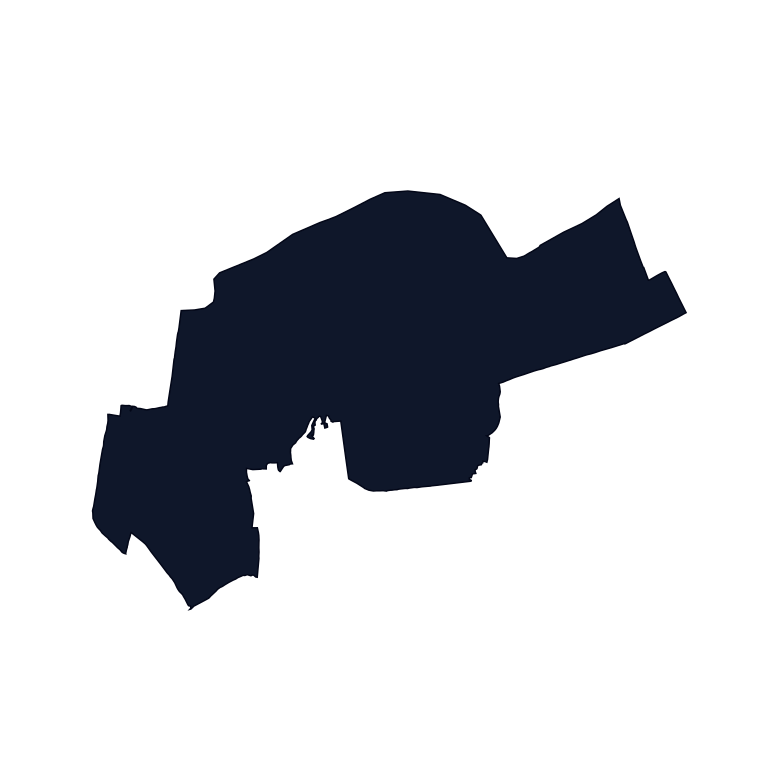 Peceneaga, Tulcea, Romania, rotated 80°
{"feature_id": "2599482B15466890128615", "entity_name": "Peceneaga", "entity_type": "district", "adm_level": 2, "iso_a3": "ROU", "parent_name": "Romania", "parent_adm1": "Tulcea", "projection": "orthographic", "projection_center": [28.191, 45.007], "detail": "fine", "context": "isolated", "style": "filled", "palette": "ink", "viewbox_px": 768, "rotation_deg": 80, "n_neighbors": 0, "source": "geoboundaries", "source_scale": "gbopen_adm2", "svg_char_len": 6130}
<svg xmlns="http://www.w3.org/2000/svg" viewBox="0 0 768 768"><g transform="rotate(80 384 384)"><path d="M276.5,571.0L293.0,576.1L297.0,577.5L297.3,577.8L299.4,578.7L306.5,581.0L311.4,582.4L315.7,583.9L320.9,585.5L322.1,585.8L323.0,586.4L339.6,591.3L357.2,597.3L364.3,599.7L368.0,600.7L368.2,603.0L368.4,603.8L368.4,605.2L368.2,606.4L368.4,606.6L368.3,609.4L368.4,610.2L368.4,611.1L368.5,612.4L368.5,614.1L368.2,616.7L368.3,620.0L368.3,622.1L367.9,623.3L365.8,628.4L365.2,631.0L364.9,631.5L364.3,631.9L363.8,632.2L363.3,632.9L362.8,633.7L362.3,635.5L363.8,636.0L364.8,636.9L366.3,638.0L366.5,638.2L366.5,638.3L366.2,638.5L365.8,638.3L365.1,637.9L363.6,636.6L362.5,636.0L361.0,638.6L360.4,642.5L359.6,645.2L359.5,646.3L359.6,646.6L360.1,646.8L361.5,647.1L363.8,647.7L366.7,648.5L369.2,649.4L369.3,649.5L369.8,649.7L366.5,659.1L366.2,659.9L366.0,661.2L372.0,662.1L374.5,662.8L377.8,664.2L380.6,665.0L381.8,665.5L386.4,667.9L392.1,670.0L395.3,670.7L396.6,671.1L399.4,672.5L402.7,673.7L413.6,677.6L422.2,680.3L424.7,681.4L427.7,682.2L430.1,682.8L436.9,685.0L438.0,685.5L442.5,687.0L447.0,688.7L454.2,691.2L456.6,692.4L458.4,693.1L460.3,693.1L465.9,693.9L469.8,692.9L472.9,692.0L475.3,691.1L477.7,689.6L479.0,688.7L481.7,687.5L485.2,684.8L487.7,682.7L488.8,682.2L489.7,681.6L491.7,680.1L492.7,679.1L498.0,675.4L498.7,675.0L501.3,672.8L504.0,671.3L505.0,670.3L505.9,668.9L506.4,667.8L506.0,667.8L502.7,666.5L500.3,665.3L499.0,664.9L497.9,664.3L494.8,663.2L490.4,660.8L486.5,659.0L486.3,658.8L489.4,656.1L497.4,649.0L500.0,646.9L501.5,646.0L503.1,645.2L509.2,642.3L523.1,635.0L532.2,630.4L535.1,628.6L536.7,627.9L538.9,626.5L541.2,625.5L543.3,624.6L548.6,623.2L550.1,622.7L552.0,621.9L553.1,621.3L555.3,619.7L556.8,618.8L558.2,618.4L561.4,617.2L567.4,615.4L568.4,614.9L568.8,614.2L569.1,613.1L570.0,613.0L570.8,613.2L571.5,613.5L572.2,614.4L572.1,613.3L570.6,611.0L569.8,610.0L564.5,593.8L562.3,590.9L561.9,590.2L560.2,587.6L558.7,585.3L557.3,583.6L555.9,580.8L555.5,579.1L554.9,577.4L554.2,575.9L552.4,571.2L550.9,566.5L550.3,563.9L549.3,561.6L548.9,559.8L548.5,558.1L548.4,558.1L548.0,556.0L548.4,554.2L548.0,551.8L548.7,550.4L549.7,548.5L549.7,548.0L549.4,547.3L549.3,546.4L549.8,545.3L550.7,544.7L551.8,543.8L552.3,542.4L534.1,537.5L531.7,537.2L527.9,536.3L523.5,535.7L518.3,534.7L516.0,534.2L511.4,533.6L508.7,533.5L503.6,533.7L502.7,539.0L489.0,534.9L473.4,534.7L471.2,534.2L467.3,534.6L464.7,534.7L461.7,535.0L457.1,536.2L456.5,536.5L455.8,534.8L456.0,533.9L455.7,533.4L453.7,534.6L450.8,534.8L447.1,534.8L443.2,534.1L445.5,528.1L446.5,520.0L446.3,518.9L447.2,514.7L443.9,514.1L442.4,512.9L442.1,512.5L441.8,511.7L441.8,510.5L441.5,510.4L442.2,508.0L442.6,505.8L442.8,504.3L442.9,502.6L447.2,503.0L449.3,503.0L450.6,502.8L452.1,501.7L452.2,501.4L449.3,498.7L447.8,497.2L447.2,496.2L447.1,495.7L447.0,491.3L446.5,490.1L446.7,488.0L443.2,488.6L441.4,488.5L439.9,488.4L438.4,488.2L434.9,488.0L434.0,487.7L431.4,487.2L428.3,484.4L426.5,481.2L425.9,480.8L424.6,479.6L423.2,477.8L422.7,477.3L422.0,475.9L421.3,474.8L420.6,473.9L419.9,473.2L417.7,470.1L416.5,469.2L415.1,468.6L413.1,467.3L411.3,466.3L409.6,465.1L408.0,464.2L404.0,460.2L404.3,459.6L405.8,457.7L408.5,459.7L412.3,462.3L416.6,462.7L418.3,464.0L421.5,468.1L422.4,468.8L423.3,468.2L425.0,465.8L426.1,463.0L425.6,462.3L422.2,464.1L421.6,463.6L422.1,462.5L421.8,462.3L419.6,461.6L417.8,461.2L416.0,460.6L414.9,460.7L414.3,460.9L413.8,460.9L413.4,460.7L413.1,460.1L412.8,459.9L412.7,459.3L412.5,458.9L410.3,458.8L408.5,458.2L407.6,456.9L407.0,456.7L406.4,456.2L405.7,455.1L405.3,454.4L404.8,454.2L404.6,452.8L405.0,452.1L406.2,451.8L409.8,451.2L411.6,451.5L412.2,452.6L412.6,452.5L412.6,451.3L412.6,450.3L412.9,450.1L417.1,449.9L417.0,449.0L416.7,447.1L416.3,447.0L413.3,447.0L413.0,447.6L411.7,449.2L404.9,446.2L405.8,444.2L407.9,443.8L410.4,442.5L411.5,442.6L412.6,441.0L412.2,440.8L413.0,433.0L451.0,434.5L471.2,435.2L473.0,433.1L476.9,428.1L482.5,422.0L483.5,421.2L484.8,419.1L485.9,417.4L486.2,416.6L487.0,414.5L487.5,413.1L487.9,409.6L488.5,406.2L488.9,403.3L489.2,402.4L489.9,400.1L489.6,399.0L489.7,396.1L489.9,394.6L490.0,391.8L490.3,389.7L490.3,389.1L490.1,388.0L490.2,386.0L490.5,381.7L490.7,380.2L491.0,379.1L491.0,378.4L490.9,377.5L491.1,372.1L491.7,369.4L491.8,364.5L492.6,355.6L492.5,354.9L492.9,349.6L493.8,333.5L494.8,315.8L494.6,314.9L494.1,314.8L492.7,316.5L491.2,316.2L491.3,314.3L487.9,312.5L488.0,309.1L485.8,309.4L484.3,309.2L483.7,307.4L483.2,307.0L480.8,306.0L480.4,304.9L480.4,302.2L478.7,301.0L478.7,300.4L477.1,300.0L478.0,297.8L478.9,296.3L476.5,295.2L475.1,294.8L468.7,293.0L465.6,292.1L464.1,291.6L460.5,290.7L456.8,289.9L456.2,289.7L455.1,289.5L452.9,291.8L452.9,290.8L450.8,286.0L448.9,283.2L448.0,282.1L446.8,280.9L445.2,279.6L442.2,277.7L436.7,275.3L425.8,275.2L424.1,274.8L421.7,274.7L419.9,274.3L417.6,273.6L416.1,272.9L413.9,271.6L411.8,270.9L406.1,270.6L403.4,271.0L402.8,266.2L402.0,262.9L401.4,259.7L400.6,256.3L400.1,253.7L399.8,251.6L398.9,244.6L397.3,234.6L397.0,232.0L396.7,228.9L396.7,227.5L396.6,226.4L396.4,224.4L395.8,221.5L395.4,217.6L395.2,217.4L394.7,211.2L394.2,207.5L393.5,201.8L392.2,192.2L391.8,188.8L390.6,180.6L390.4,178.7L390.2,175.1L389.7,170.8L388.8,164.8L387.6,153.4L386.0,141.1L385.8,140.1L386.3,139.9L386.2,139.2L380.0,119.2L378.3,113.3L376.8,108.6L371.4,90.6L368.9,82.0L367.2,77.3L366.2,74.1L349.8,79.0L346.4,79.9L338.6,82.2L334.4,83.4L328.9,85.1L324.1,86.5L322.5,87.0L322.3,87.3L322.1,87.8L322.4,89.2L322.9,91.1L324.5,95.9L327.7,104.5L327.8,105.1L327.7,105.6L314.3,108.0L314.2,108.2L314.1,108.4L314.1,108.5L307.1,109.9L293.4,112.3L290.6,112.7L287.9,113.0L277.7,114.6L268.5,116.0L266.7,116.3L264.2,117.0L249.0,120.2L242.2,120.3L247.7,133.5L254.3,145.6L260.4,161.2L265.7,180.7L274.6,206.1L276.2,207.5L279.6,216.3L279.9,217.4L282.4,223.9L283.4,231.5L281.1,241.1L250.6,253.0L234.7,259.2L234.2,259.6L222.1,272.8L207.1,295.9L198.1,327.0L195.8,349.9L199.7,365.7L204.9,382.2L210.8,402.2L212.5,410.9L213.9,419.1L220.8,448.0L234.1,476.6L238.2,490.5L246.0,526.6L251.2,533.3L263.1,534.2L270.1,536.2L273.6,537.7L273.7,537.8L278.3,547.0L278.2,557.7L276.5,571.0Z" fill="#0f172a" stroke="#020617" stroke-width="1.5"/></g></svg>